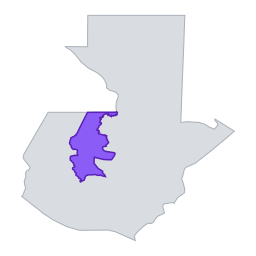 location of Quiché within Guatemala
{"feature_id": "GTM-3467", "entity_name": "Quiché", "entity_type": "Department", "adm_level": 1, "iso_a3": "GTM", "parent_name": "Guatemala", "parent_adm1": "", "projection": "mercator", "projection_center": [-90.931, 15.443], "detail": "fine", "context": "in_parent", "style": "filled", "palette": "violet", "viewbox_px": 256, "rotation_deg": 0, "n_neighbors": 0, "source": "natural_earth", "source_scale": "10m", "svg_char_len": 4876}
<svg xmlns="http://www.w3.org/2000/svg" viewBox="0 0 256 256"><path d="M21.6,196.3L23.0,194.9L24.1,191.7L25.6,188.3L24.7,184.5L24.2,181.3L25.8,176.8L25.6,173.4L26.4,171.2L28.8,169.9L30.1,167.3L23.2,158.3L23.2,156.2L24.1,153.7L29.7,144.1L36.3,132.6L43.7,120.0L48.1,112.3L64.1,112.3L74.8,112.3L88.3,112.3L103.0,112.3L112.6,112.3L116.6,112.2L115.9,107.2L116.4,101.8L118.2,96.8L118.2,94.6L115.3,91.9L109.7,90.3L106.6,88.0L106.6,84.9L105.3,81.3L102.6,77.0L97.0,72.6L88.5,68.2L81.2,62.1L75.3,54.6L70.2,49.7L66.3,47.7L65.4,46.6L76.8,46.7L87.6,46.8L87.6,35.9L87.7,26.3L87.8,15.4L107.3,15.4L130.6,15.4L154.7,15.4L173.7,15.4L184.9,15.4L184.3,29.0L183.8,44.6L183.3,56.1L182.7,71.4L182.1,87.0L181.3,108.3L180.8,122.1L181.1,122.4L187.4,121.7L196.8,122.3L199.1,122.3L201.9,123.5L204.1,123.8L208.9,126.9L214.5,129.2L218.1,124.5L216.2,121.7L214.8,120.2L215.0,119.0L234.4,131.2L232.1,133.1L227.2,137.4L218.2,144.9L210.2,151.5L202.5,157.5L195.5,163.0L194.7,163.5L185.9,167.4L184.4,169.2L182.5,176.8L181.6,178.7L183.2,183.0L184.8,189.5L184.3,193.0L178.2,197.2L175.4,201.0L174.2,203.4L173.1,202.8L171.2,202.6L166.8,203.5L164.7,203.8L163.0,204.8L162.8,207.2L163.9,211.0L164.4,213.0L163.1,213.9L157.8,216.2L155.7,218.5L153.6,222.0L151.3,223.5L148.8,223.2L147.1,223.7L143.4,226.4L137.8,231.5L134.7,235.3L134.7,238.1L135.3,240.6L114.9,231.6L108.1,230.1L79.4,230.3L67.1,226.8L53.1,219.9L43.7,213.7L21.6,196.3Z" fill="#d9dde1" stroke="#a8b0b8" stroke-width="1"/><path d="M87.5,112.4L87.8,112.4L95.1,112.3L102.4,112.3L109.7,112.3L114.5,112.3L115.5,112.2L116.5,111.8L117.1,112.2L117.4,112.6L117.3,113.1L116.8,113.7L117.1,114.3L116.9,114.8L116.4,115.1L115.7,114.8L115.6,115.1L115.5,115.4L115.4,115.6L115.0,115.6L114.4,115.2L113.4,115.9L112.8,115.6L112.5,115.6L112.3,116.0L112.1,116.0L111.7,115.6L111.6,115.8L111.5,116.0L111.4,115.6L111.2,115.9L110.8,116.2L110.7,116.3L110.0,116.0L109.5,115.5L109.0,115.2L108.1,115.3L108.1,114.8L108.3,114.8L108.6,114.6L108.8,114.5L108.8,114.1L108.4,113.9L108.1,113.8L107.9,114.1L107.7,114.5L107.4,114.5L106.6,113.7L105.2,114.0L103.0,115.3L103.4,116.0L102.9,116.3L102.9,116.6L103.0,116.8L102.8,117.3L102.4,117.5L102.2,117.3L102.0,116.9L101.9,116.8L101.3,117.0L100.5,117.7L99.7,117.9L99.7,118.3L100.0,118.5L100.4,119.0L100.8,118.6L100.9,118.8L100.9,119.0L101.2,119.0L101.2,119.4L100.7,119.8L100.3,120.6L99.7,122.4L101.1,122.6L101.4,123.5L100.8,124.6L99.6,125.1L99.3,125.4L98.6,127.4L97.2,129.2L96.8,130.0L97.5,129.9L98.2,130.0L98.7,130.3L99.0,130.7L98.8,130.9L98.5,131.1L98.3,131.2L98.3,131.5L99.1,132.1L99.4,132.3L98.6,132.8L98.4,133.4L98.8,134.0L100.8,134.3L103.1,134.9L103.7,135.3L104.1,135.0L104.6,134.9L105.1,135.0L105.6,135.3L105.4,135.3L105.2,135.3L105.2,135.7L106.2,136.3L106.7,137.0L106.7,137.8L106.3,138.7L107.1,139.3L107.6,140.4L108.0,141.6L108.3,142.1L108.6,142.4L108.2,143.0L107.7,143.6L107.4,143.8L105.9,145.1L105.9,145.5L106.3,146.1L105.7,146.4L103.5,146.6L102.8,147.0L102.6,147.9L102.7,148.9L103.0,149.6L104.1,150.7L105.7,151.4L114.1,152.7L114.9,153.1L114.9,154.3L114.4,155.5L113.9,156.4L113.5,156.9L111.6,159.7L109.8,159.8L103.6,159.5L94.8,157.4L94.3,157.2L94.0,163.2L98.0,168.3L102.7,171.3L102.7,171.6L102.5,172.8L103.4,173.8L103.8,174.1L104.1,174.3L104.5,174.7L104.8,175.2L105.4,176.6L104.6,176.4L102.7,176.0L101.2,175.4L100.3,175.3L97.5,175.3L95.0,174.5L94.2,174.6L93.4,174.7L92.8,174.8L89.4,174.9L88.4,174.7L87.5,175.3L86.6,175.5L86.1,175.8L85.9,175.9L85.5,176.5L84.3,179.9L84.0,180.2L82.5,180.9L81.7,180.6L81.4,180.7L81.2,181.5L81.0,181.8L80.9,181.9L80.6,182.0L80.4,181.9L80.2,181.5L80.1,180.9L80.1,180.6L80.2,180.4L80.7,179.8L80.8,179.6L81.0,179.3L81.0,179.2L80.9,179.0L80.6,178.8L80.0,178.6L79.7,178.5L79.4,178.5L79.2,178.4L78.9,178.2L78.4,177.3L78.1,176.6L77.5,176.3L75.8,174.9L75.9,174.6L76.2,173.7L76.2,173.3L76.0,173.0L75.1,172.4L74.8,171.8L74.5,170.8L74.4,170.6L74.3,170.4L73.3,169.7L72.8,169.3L72.7,169.2L72.6,168.9L72.6,168.7L72.6,168.3L72.7,168.0L72.9,167.7L73.3,167.4L73.6,167.2L73.8,167.2L74.4,167.2L74.6,167.1L74.7,166.8L74.7,166.3L74.7,166.0L74.4,165.4L74.0,165.3L74.0,164.5L73.4,163.8L73.2,162.7L72.8,162.5L71.3,161.0L71.2,160.6L70.4,160.3L70.2,159.4L70.2,158.4L70.4,156.9L70.7,156.4L71.1,156.1L73.4,155.7L74.6,155.3L75.1,155.3L76.4,155.5L76.9,155.5L77.7,155.3L77.4,154.2L77.1,153.3L77.1,153.0L77.5,151.1L77.4,150.1L75.9,149.4L75.2,149.2L73.7,149.4L73.4,149.4L73.2,149.4L72.2,148.4L71.9,148.1L71.5,147.6L71.3,147.1L71.3,146.7L71.3,146.0L71.2,145.9L71.1,145.7L70.1,144.4L69.9,144.2L69.8,143.9L69.7,143.7L69.6,143.4L69.5,143.0L69.5,142.9L69.6,142.7L69.7,142.3L70.0,141.8L70.1,140.5L70.1,140.3L70.3,140.0L70.4,139.7L70.7,139.1L70.9,138.6L70.9,137.9L71.1,137.7L71.4,137.6L71.6,137.6L71.8,137.5L72.5,136.9L72.9,136.8L73.2,136.8L73.4,136.8L74.8,135.8L75.1,135.5L75.3,135.4L75.7,135.4L75.9,135.3L76.0,135.2L75.9,135.0L75.9,134.6L76.8,133.6L77.0,133.5L80.4,126.4L80.9,125.4L87.5,112.4Z" fill="#8b5cf6" stroke="#5b21b6" stroke-width="1.5"/></svg>